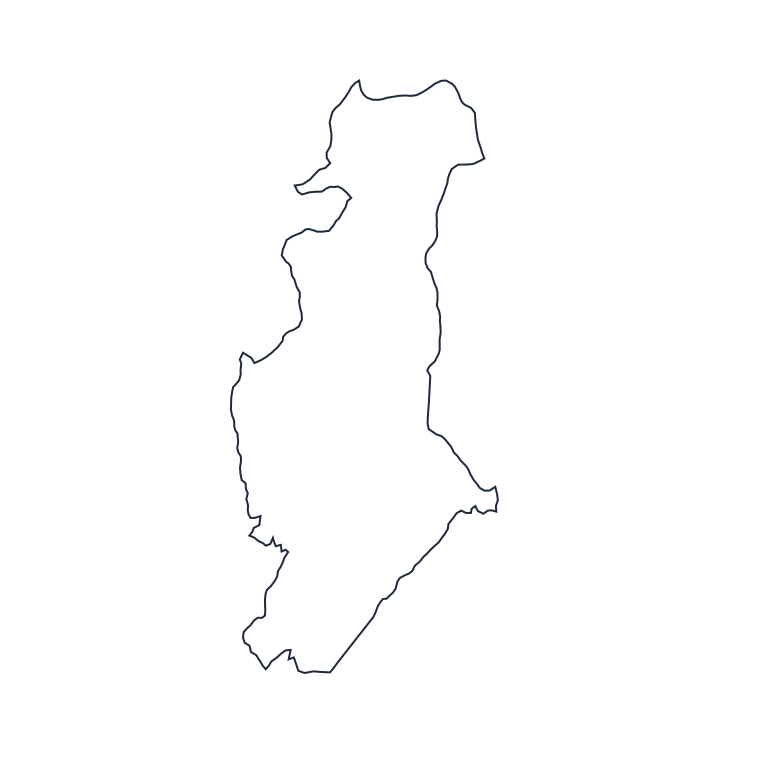 Dois Córregos, São Paulo, Brazil, rotated 198°
{"feature_id": "56859067B70309035872749", "entity_name": "Dois Córregos", "entity_type": "district", "adm_level": 2, "iso_a3": "BRA", "parent_name": "Brazil", "parent_adm1": "São Paulo", "projection": "natural_earth1", "projection_center": [-48.333, -22.403], "detail": "fine", "context": "isolated", "style": "outline", "palette": "slate", "viewbox_px": 768, "rotation_deg": 198, "n_neighbors": 0, "source": "geoboundaries", "source_scale": "gbopen_adm2", "svg_char_len": 3961}
<svg xmlns="http://www.w3.org/2000/svg" viewBox="0 0 768 768"><g transform="rotate(198 384 384)"><path d="M501.4,664.9L504.3,661.5L506.8,656.3L507.9,650.5L509.4,644.8L512.5,636.1L515.0,632.2L517.0,627.3L517.0,622.4L516.5,615.9L514.1,611.2L511.4,605.8L509.6,600.3L508.5,593.6L510.1,586.4L508.3,581.4L503.4,577.3L506.6,571.3L511.8,567.8L515.1,561.2L517.5,555.7L523.0,548.9L526.8,546.8L530.2,545.2L525.3,540.2L520.5,538.9L514.1,543.3L508.5,545.7L502.3,547.9L499.7,551.7L496.3,554.8L491.9,556.1L488.7,557.6L484.3,556.9L478.5,554.4L472.7,550.9L475.4,546.4L475.1,540.3L476.6,534.5L477.9,527.7L480.0,524.2L481.0,519.4L483.6,512.7L489.5,509.9L494.5,508.3L498.8,508.3L503.7,508.2L506.7,506.4L509.0,502.7L512.1,500.1L516.5,496.4L521.1,490.8L521.4,485.4L521.8,480.4L521.0,474.7L515.1,470.2L511.6,468.9L508.7,466.5L507.1,462.6L505.1,458.7L501.4,455.6L499.2,452.4L497.1,449.4L492.3,444.9L491.0,440.7L490.3,436.1L487.4,430.7L484.1,425.5L482.0,420.1L482.8,412.3L486.5,407.8L490.5,404.7L493.0,401.4L494.5,397.6L493.8,393.6L496.5,386.2L500.7,378.6L504.7,373.0L508.1,368.9L513.8,363.9L518.1,367.8L527.8,370.2L528.7,362.8L526.1,359.4L524.7,352.8L523.2,348.7L522.9,343.0L524.4,338.8L526.5,334.6L526.1,330.1L525.1,324.0L523.2,317.5L521.6,312.1L518.6,306.9L515.2,302.8L513.2,297.1L511.0,293.9L508.1,291.7L506.5,287.8L504.7,283.5L503.8,277.8L501.6,274.1L497.9,271.1L496.3,267.0L495.0,259.6L492.7,254.1L489.6,248.6L484.9,246.8L482.9,241.4L479.8,238.1L479.4,232.1L475.9,226.8L474.5,221.6L472.5,218.1L469.6,215.4L465.6,216.7L460.6,220.2L459.0,211.2L463.4,206.9L463.5,202.8L465.2,198.2L459.8,197.8L455.2,196.0L449.9,195.2L446.4,193.7L442.7,196.7L442.1,203.3L439.9,200.0L436.8,196.3L432.4,199.1L429.6,193.0L426.3,196.0L423.2,194.6L425.0,188.3L425.2,182.6L425.9,177.7L427.0,173.1L426.1,168.1L427.0,163.0L429.1,156.8L431.7,152.1L431.8,147.9L430.5,142.0L428.6,136.4L426.9,132.0L425.7,126.9L427.9,123.8L431.8,122.7L434.6,118.9L436.4,113.2L438.9,109.1L440.8,104.7L439.7,99.1L436.4,94.8L431.0,93.5L427.7,88.0L421.9,86.7L416.4,82.3L412.4,78.7L408.4,76.2L406.4,80.7L405.5,85.2L401.7,90.2L398.8,95.4L395.3,100.2L390.6,102.2L389.6,92.6L385.3,96.1L381.2,90.7L376.9,84.8L370.3,84.6L362.3,88.9L355.6,90.5L346.3,93.0L344.4,97.6L341.7,105.7L322.1,159.2L321.5,163.7L321.2,170.7L320.0,175.6L318.6,179.2L315.2,180.6L313.0,185.0L311.0,188.3L309.7,193.2L310.2,200.2L308.8,204.7L304.4,209.1L301.4,211.7L299.2,215.2L298.5,220.8L295.0,226.3L293.0,232.0L290.8,235.7L288.4,241.0L285.7,245.8L282.9,250.7L281.4,255.7L279.8,260.1L278.5,265.9L279.5,270.9L277.9,275.0L276.4,278.9L275.0,283.6L271.4,287.5L266.2,286.7L261.5,288.2L262.1,292.3L259.5,296.2L255.5,292.2L249.5,291.3L246.0,295.8L242.0,297.2L237.8,297.3L239.9,302.6L239.8,308.6L242.2,313.8L246.4,320.6L250.6,315.3L255.7,313.6L261.0,314.9L264.6,317.7L268.6,320.1L273.3,324.2L277.9,329.3L281.4,331.8L285.0,333.6L288.1,335.4L292.0,338.3L296.5,340.5L300.8,345.1L306.9,349.0L310.0,350.9L313.4,352.2L318.5,352.3L327.4,354.8L330.3,359.8L332.2,366.4L334.4,375.2L335.4,379.6L342.5,406.0L347.1,410.3L346.3,414.7L342.7,421.2L341.3,429.8L341.6,433.8L344.9,443.7L346.0,450.5L348.5,457.2L350.2,460.7L351.3,465.2L354.0,470.1L358.0,475.0L359.3,481.3L361.5,487.8L363.8,491.6L367.4,495.6L371.3,501.2L374.0,505.1L378.2,507.5L382.0,512.2L383.7,517.5L384.2,521.6L382.9,526.9L380.8,530.9L379.5,535.6L379.1,540.9L380.8,546.1L382.5,549.8L384.2,555.7L386.6,561.9L387.2,570.0L386.4,576.9L386.0,583.4L386.0,588.4L385.8,594.5L386.6,598.4L386.7,603.3L386.0,609.4L381.3,615.5L376.0,617.3L370.8,619.2L367.0,621.0L362.1,625.5L358.2,629.4L361.9,633.8L364.6,637.9L370.2,645.3L375.9,656.7L378.0,661.5L381.3,669.9L386.5,673.5L393.5,674.5L396.7,676.0L399.5,678.8L403.5,684.0L408.4,688.6L411.5,690.4L418.8,691.8L423.3,690.0L428.4,685.3L431.5,681.0L434.0,677.7L436.6,674.5L439.1,671.9L442.4,668.7L447.5,666.3L452.2,665.2L458.8,662.7L469.5,657.2L473.5,654.4L477.9,652.2L483.2,650.8L488.7,651.1L492.8,652.9L496.5,656.2L499.0,660.2L501.4,664.9Z" fill="none" stroke="#1e293b" stroke-width="2"/></g></svg>